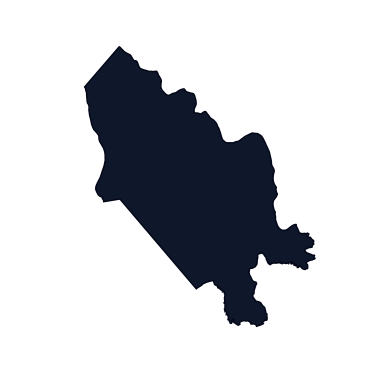 St Helen Estate, Micoud, Saint Lucia, rotated 22°
{"feature_id": "8701671B95563300423658", "entity_name": "St Helen Estate", "entity_type": "district", "adm_level": 2, "iso_a3": "LCA", "parent_name": "Saint Lucia", "parent_adm1": "Micoud", "projection": "equal_earth", "projection_center": [-60.905, 13.787], "detail": "fine", "context": "isolated", "style": "filled", "palette": "ink", "viewbox_px": 384, "rotation_deg": 22, "n_neighbors": 0, "source": "geoboundaries", "source_scale": "gbopen_adm2", "svg_char_len": 6047}
<svg xmlns="http://www.w3.org/2000/svg" viewBox="0 0 384 384"><g transform="rotate(22 192 192)"><path d="M232.2,280.1L232.7,279.2L235.8,274.8L236.7,272.8L239.7,269.8L243.5,266.9L244.9,266.1L247.7,269.3L251.2,269.8L251.5,270.7L252.1,271.2L252.7,271.1L253.3,270.1L253.9,271.1L254.5,271.6L255.0,271.5L255.9,272.0L256.4,271.7L257.7,272.1L257.6,273.1L258.1,273.1L259.3,272.1L259.6,272.8L260.1,274.0L261.0,274.8L261.3,275.5L261.8,278.1L263.0,280.4L263.5,281.7L264.0,282.0L263.9,282.7L263.4,282.9L263.7,283.2L264.6,283.1L265.3,285.5L265.9,286.7L266.1,287.2L265.9,288.4L266.6,288.8L266.7,289.4L267.3,290.3L267.5,289.9L268.4,290.0L268.7,290.4L269.5,292.0L269.7,292.8L270.4,292.3L272.3,293.9L272.8,294.5L273.0,296.4L273.2,296.8L273.6,296.6L275.4,298.0L276.7,299.3L277.7,298.9L277.9,297.8L277.0,296.1L277.9,294.5L278.6,294.5L278.8,294.8L278.5,296.1L279.1,296.8L280.2,297.5L281.3,297.1L281.8,297.6L283.5,298.1L284.9,298.1L285.5,297.1L285.9,296.8L285.0,294.9L286.7,292.9L289.2,291.4L290.2,291.5L291.2,290.9L292.5,290.4L295.1,291.1L295.7,291.6L296.1,292.3L299.1,291.0L301.0,291.1L302.2,292.3L305.6,289.4L307.4,287.4L307.4,287.1L306.8,287.1L306.2,286.9L306.2,285.9L307.0,285.2L307.2,284.2L307.5,283.4L307.9,283.6L309.2,282.9L309.3,282.1L309.0,281.2L308.7,280.4L307.9,279.1L307.1,277.0L305.9,276.7L305.1,275.3L302.7,272.0L301.2,271.3L300.1,271.0L297.0,268.9L295.6,268.8L291.6,269.2L290.7,268.3L287.8,266.6L286.7,264.1L287.4,263.3L287.3,262.2L286.6,260.6L286.3,257.7L286.0,254.5L286.3,252.9L285.2,251.7L282.5,252.0L280.4,250.8L278.0,248.5L276.5,247.4L274.9,245.1L274.6,243.5L274.1,242.0L274.6,241.1L275.5,240.4L276.6,240.0L278.6,237.5L279.2,234.4L277.9,230.6L277.6,228.5L276.4,225.7L276.8,224.7L277.1,224.5L277.9,223.2L278.8,223.2L278.9,222.8L279.2,222.3L279.8,222.3L281.6,222.7L283.7,224.2L285.2,225.0L285.8,225.5L286.2,226.7L287.1,227.3L288.9,229.2L289.3,229.3L289.9,229.8L290.6,229.3L291.3,230.1L292.0,229.8L292.6,228.3L293.3,228.1L294.3,227.1L295.8,226.8L299.2,225.0L299.3,224.1L299.8,223.7L300.2,223.7L300.3,224.7L300.4,224.8L301.1,224.7L302.5,224.7L302.7,224.3L302.7,223.7L305.5,223.2L307.2,222.1L307.6,222.1L308.0,222.3L308.4,222.3L308.5,221.3L308.9,220.8L310.0,220.7L310.8,221.5L311.0,221.5L311.7,220.6L311.9,220.2L310.9,219.7L311.0,219.2L312.0,219.6L312.3,219.9L312.7,220.7L313.2,220.7L313.7,221.0L314.2,221.7L315.1,221.2L315.3,219.8L315.6,219.9L315.9,221.0L316.2,221.5L316.5,221.3L317.6,221.3L317.7,221.5L317.7,222.2L317.9,222.5L318.2,222.5L319.1,221.8L319.3,220.1L320.0,220.1L320.7,220.4L321.5,221.0L323.0,221.7L324.5,221.7L325.8,221.5L326.7,220.3L327.7,219.7L327.5,218.4L326.4,216.2L324.7,215.4L324.4,214.2L326.9,211.1L328.8,210.0L329.2,209.5L330.4,208.4L330.9,207.7L330.8,207.3L329.9,207.2L329.2,206.4L329.5,205.2L328.9,204.8L327.7,205.5L326.2,205.3L320.6,205.4L318.4,203.8L318.2,203.0L318.4,202.7L321.0,200.0L322.3,199.0L322.8,199.0L323.9,198.1L323.6,196.4L324.3,194.9L324.3,194.4L322.8,193.8L323.4,192.9L323.2,191.9L322.7,191.4L321.1,191.1L318.6,189.7L318.1,190.1L317.4,190.0L316.3,190.2L315.8,190.1L315.7,189.2L316.2,188.0L316.0,187.1L314.4,186.9L313.6,188.1L313.3,188.0L311.8,188.2L311.2,188.7L308.8,189.6L307.5,189.6L306.6,189.4L303.4,186.2L301.4,184.5L300.8,183.2L300.4,183.2L298.7,184.4L297.3,186.0L294.6,190.7L293.2,192.3L291.9,193.0L289.7,193.8L287.3,193.3L285.7,192.6L283.7,191.1L282.0,189.1L279.5,186.0L278.7,183.5L277.3,181.7L276.9,180.2L276.6,179.3L275.0,178.2L273.4,176.0L273.1,175.6L271.9,173.7L271.0,171.3L270.7,169.1L271.9,164.8L271.9,162.0L271.7,161.7L270.8,161.0L268.7,158.2L268.7,157.3L268.3,156.0L267.3,155.3L266.4,154.8L264.8,153.4L263.6,151.9L262.6,150.3L262.2,149.5L261.5,147.5L261.2,146.7L260.7,144.1L260.6,143.0L260.4,142.0L260.0,141.1L258.8,139.7L255.9,137.4L253.1,132.3L250.4,128.5L249.0,126.4L248.4,125.7L244.7,122.1L242.9,120.5L241.6,119.1L239.8,117.5L237.5,115.5L236.0,114.5L235.3,114.1L234.7,113.9L233.0,113.6L232.0,113.4L231.1,113.3L230.3,113.5L227.8,114.3L226.8,114.5L226.1,114.6L225.3,115.2L221.3,119.6L220.6,120.4L219.9,121.4L216.9,126.4L216.4,127.2L215.9,127.7L214.1,128.8L213.3,129.5L212.7,130.2L212.0,130.8L211.1,131.3L208.5,132.3L207.1,132.9L206.1,133.2L205.3,133.4L204.5,133.4L203.6,133.2L201.3,132.3L200.5,131.9L197.9,128.9L196.3,126.8L193.5,123.5L192.1,122.2L191.1,121.6L190.6,121.0L190.2,120.4L188.8,119.2L187.6,118.4L184.9,117.2L182.5,116.8L181.0,116.3L180.1,115.8L179.1,115.0L176.7,113.7L175.4,112.8L174.5,112.4L173.9,112.5L173.4,112.9L172.6,113.9L171.6,115.5L170.9,116.3L170.4,116.6L169.2,116.6L168.5,116.6L167.7,116.7L166.6,117.1L165.6,117.6L164.5,117.3L163.7,116.5L163.1,115.2L162.9,113.9L162.9,112.4L163.0,109.6L162.6,108.2L161.4,105.9L160.7,104.8L159.1,102.8L158.4,101.8L157.5,101.0L156.5,100.4L155.4,100.4L153.3,100.9L151.1,101.0L150.0,101.2L148.9,101.0L147.9,100.5L147.0,99.8L145.9,99.4L144.9,100.0L144.0,100.7L143.0,101.6L142.2,102.5L141.4,103.6L140.0,105.8L139.1,106.6L137.2,107.9L136.4,108.8L135.6,109.8L134.8,110.7L133.8,111.3L132.7,111.4L131.6,111.3L129.5,110.5L126.3,108.9L125.4,108.2L124.5,107.3L123.7,106.2L123.2,105.0L122.4,102.4L122.1,101.0L121.5,99.8L120.6,98.9L119.7,98.1L116.8,96.0L116.0,95.0L115.2,94.2L114.2,93.4L113.2,93.6L111.2,94.8L109.1,95.4L108.0,95.9L107.0,96.2L105.9,96.4L103.7,96.6L100.5,96.9L98.3,96.9L97.1,96.6L96.2,95.9L95.3,95.1L92.8,92.3L91.9,91.6L90.8,91.4L89.8,91.8L88.7,91.8L87.7,91.3L84.1,88.4L83.0,88.0L80.9,87.9L78.7,87.7L77.6,87.5L76.6,87.2L75.5,86.8L74.5,86.3L73.5,86.0L72.4,85.5L71.5,84.9L70.1,84.7L53.1,134.8L53.9,135.4L54.8,136.2L55.4,137.4L56.2,138.4L57.0,139.4L57.6,140.6L58.7,143.0L61.2,147.8L62.0,148.8L63.0,149.4L63.8,150.3L64.6,151.3L65.5,153.9L66.0,155.1L66.7,156.2L68.0,158.6L69.5,160.8L70.3,161.8L71.0,162.8L72.4,165.0L73.9,167.1L74.7,168.0L77.3,170.6L78.3,171.2L80.0,171.9L83.0,173.6L83.9,174.2L84.8,175.1L85.9,177.6L86.6,178.6L87.4,179.6L91.1,182.5L93.0,183.9L93.9,184.8L96.1,187.5L97.4,189.7L99.7,195.1L100.7,200.4L101.0,204.9L101.5,213.0L100.9,219.3L100.9,222.7L101.6,225.3L103.4,227.4L106.0,229.6L108.0,230.4L110.4,230.4L111.6,231.8L112.8,232.4L113.8,234.0L127.8,225.5L232.2,280.1Z" fill="#0f172a" stroke="#020617" stroke-width="1.5"/></g></svg>